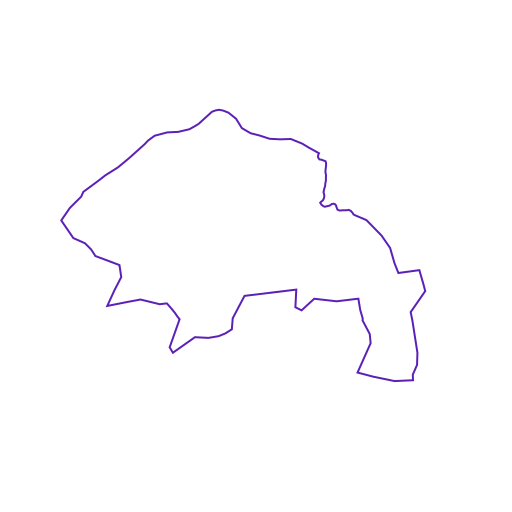 the district of Kura, Kano, Nigeria, rotated 23°
{"feature_id": "59680162B62375507242594", "entity_name": "Kura", "entity_type": "district", "adm_level": 2, "iso_a3": "NGA", "parent_name": "Nigeria", "parent_adm1": "Kano", "projection": "robinson", "projection_center": [8.5, 11.781], "detail": "fine", "context": "isolated", "style": "outline", "palette": "violet", "viewbox_px": 512, "rotation_deg": 23, "n_neighbors": 0, "source": "geoboundaries", "source_scale": "gbopen_adm2", "svg_char_len": 1991}
<svg xmlns="http://www.w3.org/2000/svg" viewBox="0 0 512 512"><g transform="rotate(23 256 256)"><path d="M212.2,373.8L217.3,377.5L231.5,354.6L244.1,350.0L248.1,347.5L252.9,344.4L258.0,339.3L260.7,335.4L262.4,332.9L258.9,322.4L261.0,297.2L306.2,271.2L312.3,287.8L319.2,288.2L326.3,272.6L347.9,266.2L366.9,255.3L373.0,264.9L378.7,271.9L379.2,273.6L390.5,282.8L390.7,283.0L391.2,283.4L395.6,291.5L395.0,323.6L410.9,321.3L432.4,317.0L449.1,309.0L446.7,304.0L446.8,293.3L442.4,282.0L425.3,254.5L420.3,247.2L425.5,222.2L421.5,217.0L411.9,205.2L393.7,216.0L386.3,208.5L376.3,196.2L363.7,188.2L343.6,179.8L332.5,179.8L329.6,179.7L328.1,178.6L325.8,177.5L323.3,177.3L321.9,178.3L320.8,178.8L319.6,179.3L318.0,180.0L316.7,180.7L315.2,181.5L312.9,181.5L310.4,178.9L310.0,178.2L308.6,177.5L307.1,177.5L305.4,178.6L304.5,180.3L304.0,180.9L301.3,182.9L300.0,183.8L298.3,183.8L296.0,183.1L295.4,182.7L294.3,181.9L294.7,180.7L295.3,179.6L295.8,178.6L296.0,176.6L295.7,174.7L294.9,173.1L293.9,171.7L293.2,170.9L292.5,167.0L292.3,164.6L291.5,162.3L290.9,159.4L289.7,156.4L288.8,154.1L287.4,152.1L286.6,150.3L286.1,148.6L285.5,146.5L285.0,144.9L284.5,143.9L284.2,143.0L282.9,141.6L280.9,141.7L278.6,141.8L276.6,142.3L275.3,141.5L274.2,140.4L273.7,137.8L273.8,136.8L262.4,135.6L254.5,134.5L242.3,134.7L232.8,139.1L223.0,142.7L222.5,142.8L212.1,143.7L203.1,145.1L193.0,143.8L184.8,138.0L184.2,137.5L174.5,134.8L168.7,135.0L165.0,135.8L162.0,137.7L159.1,140.4L151.5,156.9L149.2,160.1L145.2,165.3L135.8,172.2L126.0,176.9L115.7,184.9L111.5,192.0L109.8,196.6L101.0,215.4L94.4,228.2L85.8,240.6L81.0,249.2L72.0,264.4L71.9,269.7L65.9,284.4L62.9,299.0L62.9,299.4L80.9,310.9L93.6,311.1L101.7,314.4L107.9,318.6L108.1,318.8L133.7,317.7L134.2,318.5L134.3,318.4L140.2,328.1L139.1,342.6L138.6,360.1L156.7,347.8L166.7,341.2L184.4,338.3L186.0,338.1L192.0,334.7L192.6,334.5L198.4,337.3L203.5,340.0L207.4,342.5L209.8,343.7L209.8,344.0L210.4,344.3L212.2,373.6L212.2,373.8Z" fill="none" stroke="#5b21b6" stroke-width="2"/></g></svg>